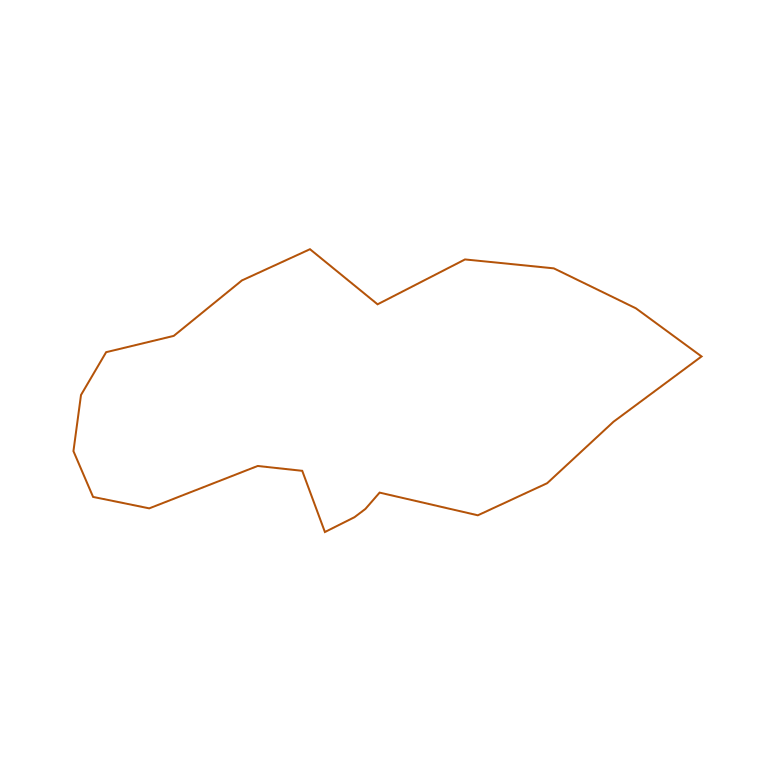 the border of `Uvea, rotated 80°
{"feature_id": "WLF-4996", "entity_name": "`Uvea", "entity_type": "state/province", "adm_level": 1, "iso_a3": "WLF", "parent_name": "Wallis and Futuna", "parent_adm1": "", "projection": "robinson", "projection_center": [-176.158, -13.28], "detail": "fine", "context": "isolated", "style": "outline", "palette": "amber", "viewbox_px": 768, "rotation_deg": 80, "n_neighbors": 0, "source": "natural_earth", "source_scale": "10m", "svg_char_len": 439}
<svg xmlns="http://www.w3.org/2000/svg" viewBox="0 0 768 768"><g transform="rotate(80 384 384)"><path d="M412.0,66.5L461.0,164.5L510.0,240.5L529.6,314.4L490.2,407.2L503.8,424.0L510.0,436.1L519.5,467.9L455.3,479.6L442.8,522.7L465.7,636.8L444.7,690.1L396.2,701.5L342.2,684.3L304.4,652.1L300.1,582.7L257.3,505.9L238.4,433.5L304.4,376.5L275.4,282.6L299.6,196.7L353.2,122.8L412.0,66.5Z" fill="none" stroke="#b45309" stroke-width="2"/></g></svg>